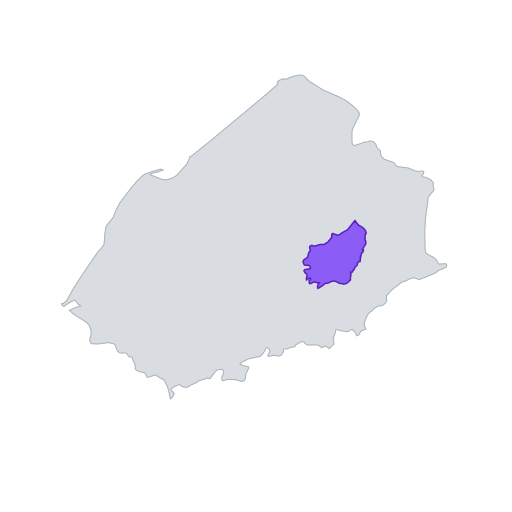 location of Świętokrzyskie within Poland, rotated 318°
{"feature_id": "POL-3149", "entity_name": "Świętokrzyskie", "entity_type": "Voivodeship", "adm_level": 1, "iso_a3": "POL", "parent_name": "Poland", "parent_adm1": "", "projection": "natural_earth1", "projection_center": [20.88, 50.732], "detail": "fine", "context": "in_parent", "style": "filled", "palette": "violet", "viewbox_px": 512, "rotation_deg": 318, "n_neighbors": 0, "source": "natural_earth", "source_scale": "10m", "svg_char_len": 5790}
<svg xmlns="http://www.w3.org/2000/svg" viewBox="0 0 512 512"><g transform="rotate(318 256 256)"><path d="M418.4,274.2L420.4,277.4L421.2,279.9L420.4,281.9L420.7,283.9L428.1,292.5L430.9,298.8L432.7,301.2L436.8,304.4L437.1,305.7L435.5,306.9L433.2,307.3L432.5,308.4L435.0,311.4L436.9,316.3L436.8,320.4L435.4,321.4L433.7,323.9L432.6,326.1L423.0,327.6L420.7,330.0L415.5,334.5L412.0,337.2L406.7,341.9L398.4,350.1L386.4,363.9L384.3,367.0L384.7,369.6L387.0,375.8L387.5,378.5L387.1,381.1L386.4,383.4L386.5,384.4L391.8,388.6L392.0,389.5L391.5,390.6L390.4,391.5L386.4,390.6L381.9,388.8L380.4,389.0L378.0,388.6L367.9,385.2L361.2,382.6L360.5,380.9L359.2,378.4L356.3,376.3L349.7,374.4L347.1,373.0L336.4,372.2L331.7,372.2L328.5,372.8L326.4,372.7L323.5,376.4L321.5,377.5L318.6,377.6L316.0,377.0L313.4,375.0L309.3,374.0L306.2,374.5L304.0,374.1L302.1,374.0L301.4,374.3L299.9,374.3L297.7,375.2L295.2,376.5L292.5,377.5L290.4,379.7L288.6,383.9L283.4,382.0L281.6,382.8L279.1,383.4L277.5,382.8L277.9,381.4L278.6,379.7L278.6,377.4L278.1,374.9L276.5,374.1L274.1,373.8L272.8,373.3L272.7,372.4L271.5,371.4L269.3,368.7L267.3,365.3L265.9,364.3L263.9,365.9L260.8,367.7L258.8,368.3L255.1,373.6L248.4,373.8L248.0,371.3L247.3,369.0L243.4,368.4L243.3,367.0L242.5,363.5L234.8,356.7L233.8,353.9L234.2,352.8L233.6,351.0L231.9,349.9L225.8,348.6L224.2,349.4L222.8,348.6L220.5,347.0L216.6,345.7L216.2,345.0L214.8,343.8L214.1,343.7L213.5,344.4L212.4,345.4L208.4,346.6L206.8,346.1L205.3,345.0L203.7,342.7L201.3,340.6L199.3,339.9L198.2,338.8L198.0,337.9L202.4,336.2L203.4,334.5L202.9,331.3L202.2,330.9L200.5,332.0L196.8,332.9L193.4,333.4L191.7,333.4L182.1,327.6L175.8,325.8L172.1,325.3L171.7,325.9L173.3,329.1L176.2,333.1L176.0,334.2L170.5,336.6L168.2,337.9L166.2,339.9L164.5,340.7L163.0,340.5L161.4,339.6L157.6,333.7L152.6,329.1L152.0,328.1L150.5,327.9L148.3,326.8L147.5,325.4L148.7,324.0L150.3,322.6L153.0,321.8L153.8,321.0L154.3,319.9L155.4,318.4L155.1,317.8L153.2,316.1L150.4,314.5L142.5,315.7L140.3,316.6L139.1,315.5L138.2,313.9L136.2,313.5L133.5,312.1L130.3,310.6L127.1,310.2L120.6,308.1L118.0,307.9L116.6,307.2L115.1,305.6L113.8,303.9L113.3,300.3L108.5,298.7L103.6,297.7L103.3,298.2L103.4,301.8L103.1,303.7L99.9,304.9L96.7,305.0L96.9,304.4L100.8,298.0L102.7,294.0L104.8,286.6L102.6,280.8L102.1,278.0L101.0,276.7L94.5,273.9L94.0,272.9L95.2,269.1L94.7,267.5L93.2,265.8L91.2,262.4L90.5,259.5L93.2,256.1L95.2,250.3L96.3,247.9L94.6,246.6L94.2,244.7L94.8,242.0L93.9,240.1L91.6,238.8L90.1,237.1L89.5,235.0L90.2,231.6L92.1,227.1L88.5,221.7L79.2,215.3L74.9,210.9L75.3,208.4L77.4,206.1L81.0,204.0L83.9,200.4L85.6,196.0L85.8,192.1L82.1,179.5L81.5,176.3L80.9,171.5L89.0,174.2L92.4,175.7L92.1,174.0L91.4,172.5L91.9,170.4L91.8,167.2L84.4,165.5L79.5,165.0L79.0,162.8L79.5,161.3L80.9,162.2L85.7,162.5L97.7,158.2L118.5,152.6L140.5,147.3L145.7,146.8L150.8,145.7L152.8,143.7L154.7,142.4L157.8,138.9L164.5,133.6L176.2,131.6L180.6,129.1L189.7,125.5L210.6,121.5L219.2,120.6L227.7,120.5L235.3,123.7L243.2,127.5L244.6,129.9L240.3,128.4L234.0,124.9L231.7,124.8L237.0,135.4L239.9,139.2L245.8,142.0L250.8,143.0L266.3,141.3L271.8,139.0L273.3,137.9L274.8,138.5L295.0,139.7L365.1,142.5L385.3,142.9L386.6,142.6L388.6,140.8L391.1,141.1L394.1,142.2L395.5,143.0L396.1,143.9L396.5,145.0L398.1,145.2L401.1,146.1L405.1,148.0L408.3,149.8L411.3,152.4L412.3,155.4L412.4,158.8L412.3,160.9L416.9,177.5L423.9,192.7L426.6,200.0L427.6,204.0L428.5,209.6L428.8,213.6L428.8,215.9L428.4,219.0L426.4,220.8L413.2,226.0L410.7,227.7L406.9,231.8L403.3,236.0L402.5,237.4L402.3,238.4L403.1,239.7L407.9,242.0L412.7,243.8L414.2,245.2L417.8,246.9L419.1,248.5L419.8,249.8L419.8,253.0L418.3,257.3L419.0,260.6L417.4,262.8L416.1,265.2L415.9,269.5L418.4,274.2Z" fill="#d9dde1" stroke="#a8b0b8" stroke-width="1"/><path d="M302.6,284.8L304.7,285.4L305.7,287.6L311.7,290.6L312.6,291.4L313.4,292.4L314.3,292.9L318.7,293.7L323.8,293.0L325.0,292.5L326.1,291.3L327.2,290.4L328.3,290.7L328.7,292.3L329.8,293.3L329.9,294.0L330.1,294.8L332.6,296.1L335.5,296.3L341.5,297.8L353.2,295.8L353.4,296.5L353.2,296.7L352.9,296.9L352.6,297.1L352.3,297.1L352.3,297.4L353.0,297.8L353.1,298.7L352.9,300.8L352.7,301.0L352.6,301.4L352.7,301.7L352.9,301.8L353.0,301.9L353.1,302.1L353.2,302.5L354.1,305.4L354.3,306.4L354.4,307.0L354.5,308.7L354.2,310.6L353.9,311.3L353.5,312.2L353.0,312.9L352.3,313.1L351.3,313.3L350.7,313.6L349.7,315.1L347.9,316.8L347.7,317.5L347.5,318.4L347.0,319.1L345.9,320.2L345.2,320.7L342.9,321.2L339.4,322.5L339.5,322.7L339.9,323.4L339.2,324.0L338.3,324.5L337.3,324.6L336.6,324.4L334.4,326.0L333.7,326.0L333.6,326.3L333.6,326.5L333.2,326.9L332.9,326.9L332.6,326.7L332.4,327.3L332.0,327.6L331.5,327.8L331.3,328.1L331.3,328.5L331.2,328.6L330.7,328.7L330.1,329.5L329.4,329.7L329.1,329.4L328.7,329.1L328.2,328.9L327.8,328.9L326.3,329.5L326.0,329.8L325.6,330.1L325.2,330.4L324.7,330.5L321.9,330.6L321.5,330.7L321.2,330.9L320.9,331.3L320.5,331.5L319.5,331.6L319.0,331.8L318.5,331.5L318.0,331.8L317.5,332.2L316.9,332.4L315.5,331.3L315.2,331.6L315.0,332.4L314.2,333.1L313.8,333.1L313.6,333.2L313.5,333.5L313.4,334.0L312.8,334.6L311.6,335.1L311.2,335.7L311.0,336.2L309.9,337.1L305.1,337.0L302.4,335.7L301.7,334.5L300.1,332.6L299.4,331.5L298.8,329.3L297.1,326.6L294.3,325.1L291.2,324.3L290.0,323.2L288.6,322.6L285.1,322.6L284.1,322.2L281.6,321.9L280.3,321.4L281.0,320.1L283.6,318.4L285.0,318.2L283.3,316.4L282.3,314.6L281.0,313.8L278.3,313.2L277.3,312.2L278.7,310.1L281.2,309.7L281.4,309.4L281.4,308.8L281.2,308.3L280.8,308.1L277.6,307.6L278.5,306.4L279.5,305.6L280.8,304.9L281.5,303.5L281.3,302.0L281.3,300.5L281.8,299.0L283.1,298.8L287.9,301.7L288.8,300.9L289.1,299.4L288.7,297.8L287.6,297.1L285.9,295.0L286.8,292.2L287.7,291.3L288.9,290.9L292.9,291.4L294.1,291.1L296.7,289.2L297.8,288.7L299.0,288.6L300.2,288.1L301.6,285.5L302.6,284.8Z" fill="#8b5cf6" stroke="#5b21b6" stroke-width="1.5"/></g></svg>